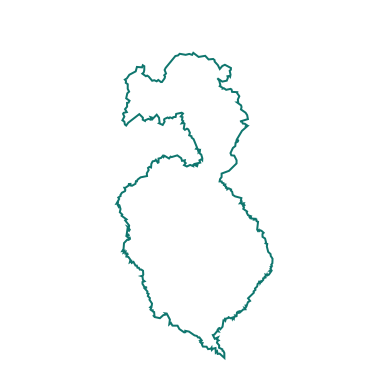 the district of Ciamis, Jawa Barat, Indonesia, rotated 213°
{"feature_id": "22746128B17121530580660", "entity_name": "Ciamis", "entity_type": "district", "adm_level": 2, "iso_a3": "IDN", "parent_name": "Indonesia", "parent_adm1": "Jawa Barat", "projection": "robinson", "projection_center": [108.425, -7.311], "detail": "fine", "context": "isolated", "style": "outline", "palette": "teal", "viewbox_px": 384, "rotation_deg": 213, "n_neighbors": 0, "source": "geoboundaries", "source_scale": "gbopen_adm2", "svg_char_len": 5955}
<svg xmlns="http://www.w3.org/2000/svg" viewBox="0 0 384 384"><g transform="rotate(213 192 192)"><path d="M169.0,78.5L164.8,76.7L163.8,74.6L164.2,72.7L163.2,73.0L162.8,70.8L161.3,70.6L160.6,71.4L159.7,70.5L158.4,70.7L156.2,67.9L156.6,67.2L155.2,66.8L150.2,68.7L149.0,73.1L146.8,75.4L148.2,75.7L147.0,76.3L141.1,73.0L139.0,68.7L138.4,70.7L135.6,69.3L131.3,72.0L128.0,70.2L122.1,70.0L121.2,70.8L122.0,71.9L118.5,73.3L111.8,73.1L109.6,73.9L107.6,73.3L106.6,74.1L103.5,73.0L104.0,72.0L103.0,72.2L103.4,70.6L101.9,70.3L100.9,71.0L100.5,69.4L98.7,68.3L95.5,70.2L92.9,69.0L90.8,70.9L90.8,72.1L89.4,70.4L89.0,72.1L87.3,73.9L84.6,70.3L84.2,72.1L82.3,70.2L80.8,71.5L74.5,70.5L77.2,74.6L79.0,75.7L80.0,75.5L80.9,76.6L84.5,76.1L85.7,78.2L89.0,79.2L89.5,80.9L88.9,82.0L90.9,82.0L91.1,84.2L93.0,81.3L96.6,83.4L95.6,84.6L95.1,89.0L93.8,89.5L95.4,90.2L95.4,92.1L94.9,92.8L93.5,92.3L93.0,95.6L95.7,101.5L94.7,102.0L95.0,102.7L94.0,102.3L94.6,104.3L93.1,105.9L93.1,106.9L90.9,107.1L89.9,108.5L89.0,107.7L89.1,108.5L87.8,108.3L88.7,110.3L87.4,111.7L88.2,112.1L87.2,112.5L88.6,115.3L87.3,115.9L88.1,116.8L87.0,118.1L86.1,117.5L85.0,121.5L83.4,122.7L84.9,123.5L84.0,123.8L84.0,125.5L85.1,126.1L84.3,126.8L85.1,130.0L84.0,132.3L87.1,133.4L85.3,141.2L86.2,142.2L85.5,144.5L86.6,145.4L85.9,148.2L86.9,150.7L86.3,152.3L86.9,153.4L86.0,154.0L85.3,153.1L85.4,154.8L84.8,154.7L84.4,157.3L85.3,158.3L83.9,160.2L84.8,160.5L84.4,161.9L85.2,162.7L84.1,162.8L84.2,163.8L83.3,163.2L82.5,164.6L82.4,168.8L83.8,168.2L83.2,169.8L84.4,170.3L84.4,171.8L85.3,172.2L84.7,173.5L85.9,174.2L85.8,176.0L88.1,179.9L91.2,181.3L92.3,182.7L95.5,183.3L99.6,187.1L100.6,189.4L102.4,189.0L102.5,190.1L105.4,192.8L108.4,192.8L110.0,195.1L109.7,196.8L112.6,197.3L113.8,197.1L114.3,195.9L115.2,196.6L115.6,195.3L116.9,196.0L120.4,203.0L121.9,202.7L123.1,204.0L124.7,202.8L124.7,203.8L127.7,202.1L128.8,203.0L129.1,201.9L130.1,202.3L129.7,203.7L132.4,203.1L134.9,204.5L135.1,205.6L139.8,205.8L140.0,207.3L141.1,207.8L140.8,209.5L142.3,209.8L142.4,210.8L143.3,210.2L143.1,209.0L144.5,209.5L145.6,208.7L145.4,211.3L146.3,211.4L147.3,213.8L153.5,211.8L156.2,211.8L158.5,214.1L160.3,214.4L160.6,215.4L163.2,215.1L163.9,213.5L164.6,214.4L165.8,214.0L166.2,215.0L167.3,214.9L168.1,216.4L169.2,215.3L170.3,216.6L171.7,216.1L172.9,217.0L174.6,215.9L175.5,218.1L175.3,220.6L177.2,223.6L172.5,229.9L170.2,240.2L171.9,242.9L176.4,245.5L179.0,244.2L180.9,245.6L181.7,251.2L180.7,254.1L182.2,256.9L181.1,259.2L181.3,260.3L182.0,260.6L182.6,259.1L183.0,260.3L183.4,270.5L181.4,277.6L182.6,277.1L182.4,277.9L184.8,278.0L186.7,277.1L188.6,278.3L190.1,277.3L184.8,283.6L187.6,286.5L190.3,287.7L195.9,287.9L196.7,290.2L198.0,291.4L203.0,291.7L202.1,292.4L203.9,294.5L204.5,298.1L208.0,299.5L208.4,300.4L212.9,297.8L214.7,299.5L215.8,299.5L219.0,296.3L221.6,296.4L222.6,295.4L222.9,296.1L226.4,295.9L226.3,297.0L229.8,300.2L232.6,301.2L226.7,301.1L223.5,304.3L224.1,307.4L225.3,308.4L223.9,309.7L222.8,309.4L223.6,311.4L226.4,314.2L226.0,315.7L226.9,317.2L233.7,316.6L235.2,314.2L235.7,310.3L239.4,312.5L244.0,313.7L244.9,314.9L246.7,315.1L250.3,312.2L255.1,313.4L260.0,308.9L266.7,309.4L266.6,307.1L269.5,306.3L272.0,303.6L277.6,301.2L278.1,298.9L280.0,297.0L281.7,281.7L281.4,279.4L278.3,277.2L278.9,274.8L277.5,274.2L276.9,272.5L277.1,267.9L277.9,267.3L281.3,267.6L281.9,265.6L284.5,265.2L286.0,263.6L291.2,265.2L293.0,265.2L293.7,264.0L298.1,264.2L297.6,265.9L298.4,268.2L300.5,271.5L302.3,271.5L301.8,269.3L306.3,266.9L304.9,262.5L308.4,256.2L308.5,251.7L309.5,249.7L307.8,249.2L307.0,247.5L304.6,247.4L302.1,243.5L299.4,241.9L300.0,239.5L298.2,234.7L294.1,234.5L293.9,232.4L295.0,231.4L292.9,228.2L293.3,225.0L290.2,223.5L292.4,221.2L292.4,220.0L289.8,218.4L289.4,214.2L287.1,214.2L285.1,212.1L283.4,211.9L283.2,215.4L278.6,228.6L273.7,227.6L272.7,225.8L270.1,226.0L270.3,226.7L268.4,229.6L266.2,230.1L266.5,231.6L267.5,232.2L266.1,232.6L264.9,231.5L263.7,237.6L260.1,236.3L256.8,232.4L257.1,231.7L253.1,232.3L253.3,236.1L254.7,237.2L254.9,238.2L253.0,241.2L251.5,241.3L251.1,242.6L248.5,243.2L248.5,244.6L246.6,246.0L247.8,248.9L243.8,252.9L242.3,252.9L242.5,249.2L240.7,249.6L239.7,247.0L238.0,246.7L238.0,244.0L236.5,245.4L235.5,245.3L233.4,240.6L231.8,240.3L230.7,242.4L229.2,242.5L226.0,240.5L225.2,238.0L222.8,238.5L221.9,237.4L219.5,237.2L212.0,232.0L212.1,230.5L210.6,231.1L209.7,230.3L209.8,231.2L208.7,231.5L208.1,229.7L207.8,230.8L206.7,228.6L204.6,228.4L201.7,225.9L200.8,224.3L201.9,224.6L203.0,222.6L201.1,221.1L204.4,217.7L202.2,217.8L201.8,216.4L205.2,216.0L205.9,215.0L205.2,214.3L208.3,213.7L210.2,210.6L213.3,210.2L213.0,212.8L214.7,213.2L215.3,214.7L217.3,212.7L219.5,214.5L224.3,214.7L228.1,210.2L229.2,210.0L229.5,207.6L234.7,207.4L234.9,205.9L236.1,206.6L236.5,203.7L238.3,201.8L236.2,198.6L236.6,197.9L239.9,199.3L240.1,197.8L241.7,196.3L241.4,193.4L239.7,190.3L241.4,189.9L242.0,188.2L240.3,186.8L240.1,183.1L238.4,180.9L243.1,176.3L244.4,172.7L244.0,171.0L244.9,170.5L243.9,168.1L245.7,164.6L247.0,164.0L248.0,165.3L249.3,164.3L248.7,162.9L250.2,159.2L251.0,158.7L249.0,157.4L248.7,156.2L250.4,153.2L250.4,150.6L249.7,149.8L250.8,147.2L249.3,146.5L249.0,141.4L248.2,142.4L247.6,140.9L245.8,139.9L246.1,141.3L245.6,141.3L242.7,138.8L241.5,135.7L238.2,135.1L238.1,133.7L231.9,133.4L232.6,131.8L226.5,129.7L225.7,128.0L227.0,127.8L223.7,126.5L223.7,125.2L225.9,125.7L223.7,120.9L222.2,121.7L221.5,121.2L222.8,119.3L220.4,118.9L219.4,119.8L218.5,118.9L219.1,117.3L220.4,116.6L221.2,112.1L218.4,107.0L218.3,104.6L216.9,105.9L216.3,103.9L215.2,105.8L214.3,104.1L212.7,105.2L212.0,104.6L212.5,103.4L211.9,102.1L210.0,102.9L206.7,101.6L205.9,99.3L205.1,101.0L203.9,99.8L203.0,101.5L199.3,99.5L198.2,100.2L196.5,98.8L195.3,99.5L193.5,98.5L192.4,99.3L190.2,99.3L187.9,96.2L187.7,95.0L188.7,93.9L187.6,94.2L185.2,91.5L183.2,91.3L184.5,89.5L183.5,88.0L180.2,86.4L177.8,87.4L179.4,85.4L175.2,84.3L174.4,82.7L172.9,82.9L172.4,80.7L169.5,80.1L169.0,78.5Z" fill="none" stroke="#0f766e" stroke-width="2"/></g></svg>